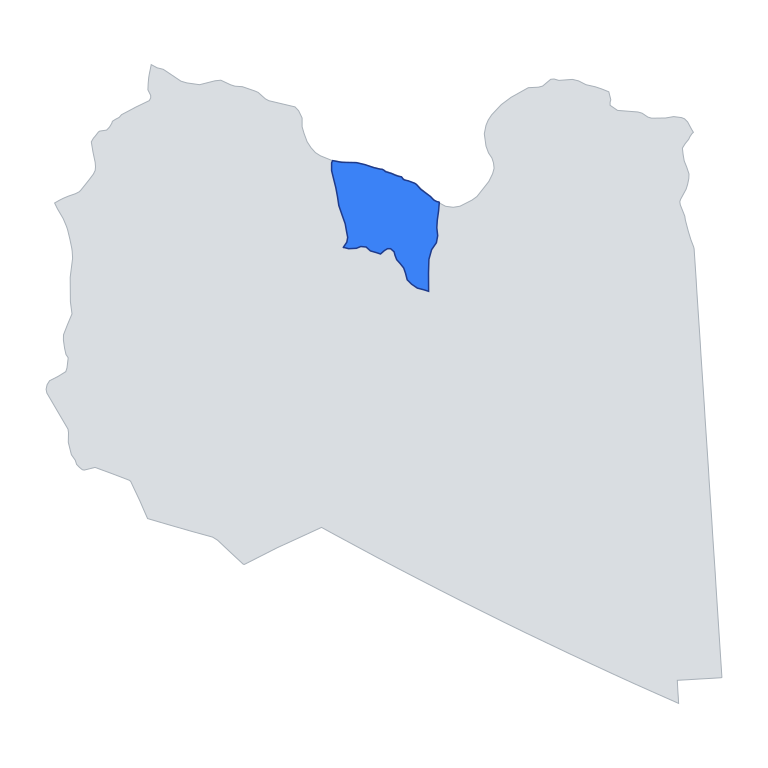 Surt highlighted on a map of Libya
{"feature_id": "LBY-2985", "entity_name": "Surt", "entity_type": "Municipality", "adm_level": 1, "iso_a3": "LBY", "parent_name": "Libya", "parent_adm1": "", "projection": "albers", "projection_center": [17.512, 29.873], "detail": "fine", "context": "in_parent", "style": "filled", "palette": "blue", "viewbox_px": 768, "rotation_deg": 0, "n_neighbors": 0, "source": "natural_earth", "source_scale": "10m", "svg_char_len": 4087}
<svg xmlns="http://www.w3.org/2000/svg" viewBox="0 0 768 768"><path d="M63.5,198.2L68.5,196.1L75.5,193.7L79.2,191.8L80.8,190.2L86.4,183.2L89.4,179.4L93.4,174.1L95.2,170.4L95.5,166.8L95.2,162.5L93.0,152.1L91.3,141.9L93.4,138.2L95.0,136.4L98.4,132.0L99.7,131.1L106.6,130.1L109.5,127.1L111.8,123.3L112.4,121.3L115.5,119.3L119.2,117.4L121.5,114.7L128.9,110.8L135.6,107.2L143.3,103.5L149.3,100.6L150.7,97.9L150.7,95.4L147.9,89.8L148.2,83.2L148.7,77.8L149.2,74.6L151.0,65.8L151.2,64.6L157.1,67.8L163.2,69.3L181.0,81.2L186.8,82.9L199.6,84.7L215.0,80.8L220.8,80.2L230.6,84.8L235.0,86.2L242.4,86.7L254.9,91.0L258.1,92.4L265.3,98.8L268.8,100.7L295.0,106.9L298.6,110.7L302.1,118.0L302.1,126.8L304.0,133.3L307.1,141.7L311.0,147.7L315.4,152.6L320.4,155.8L332.0,160.5L345.2,162.4L358.4,163.1L381.3,169.4L400.7,176.6L405.5,180.2L415.2,183.6L434.8,200.5L445.6,206.3L453.2,207.3L460.0,206.2L472.0,200.1L477.0,196.5L488.8,181.5L492.6,173.8L494.1,168.3L493.5,162.9L491.9,158.0L488.5,152.9L486.0,146.1L484.3,133.8L486.0,125.3L488.2,120.1L491.7,114.8L501.3,104.6L511.1,97.3L528.3,87.7L538.4,87.2L542.6,86.1L550.7,79.3L554.1,79.0L558.8,80.4L572.5,79.4L578.6,80.9L586.0,84.7L595.3,86.8L601.8,89.0L608.8,91.8L610.8,99.8L610.1,102.2L610.1,105.3L617.5,110.4L638.0,112.0L642.1,113.2L647.9,117.1L651.6,118.2L665.6,118.0L673.7,116.6L681.5,117.6L684.5,118.8L687.6,121.9L691.8,129.7L693.4,132.3L691.9,133.7L689.9,136.7L688.7,139.3L685.2,143.6L682.4,148.1L683.1,154.5L684.2,160.9L686.7,167.1L689.0,174.0L688.8,178.6L687.6,184.4L686.1,189.2L680.6,199.3L679.8,201.7L680.3,204.9L684.8,216.2L685.3,219.8L688.2,230.9L690.9,239.8L693.6,246.8L694.1,248.8L694.8,259.3L695.5,269.9L696.2,280.4L696.8,290.9L697.5,301.4L698.2,312.0L698.9,322.5L699.6,333.0L700.3,343.6L700.9,354.1L701.6,364.6L702.3,375.1L703.0,385.6L703.7,396.2L704.4,406.7L705.0,417.2L705.7,427.7L706.4,438.2L707.1,448.7L707.8,459.2L708.5,469.7L709.1,480.2L709.8,490.6L710.5,501.1L711.2,511.6L711.9,522.1L712.5,532.5L713.2,543.0L713.9,553.5L714.6,563.9L715.3,574.4L715.9,584.8L717.4,608.0L718.9,631.1L720.4,654.2L721.9,677.3L721.7,677.5L721.4,677.7L710.4,678.4L699.3,679.0L688.3,679.7L677.3,680.3L677.6,686.1L677.9,691.9L678.3,697.6L678.6,703.4L656.5,693.6L634.5,683.8L612.6,673.8L590.8,663.7L569.0,653.5L547.4,643.2L525.8,632.9L504.3,622.4L483.0,611.8L461.7,601.2L440.5,590.4L419.3,579.5L398.3,568.6L377.4,557.6L356.6,546.4L335.8,535.2L321.5,527.4L305.9,534.6L293.7,540.2L277.5,547.6L258.8,557.1L244.4,564.4L243.7,564.3L243.1,564.1L228.7,550.7L217.6,540.2L212.6,537.1L191.1,531.2L169.9,525.1L147.6,518.6L143.9,510.2L139.8,500.7L134.2,488.9L130.8,481.6L129.6,480.4L112.7,473.9L95.0,467.4L84.2,470.1L82.3,469.7L79.5,467.4L76.6,464.4L75.3,460.3L71.4,454.7L68.3,442.3L68.5,432.6L68.0,429.1L59.6,414.8L52.0,401.8L46.9,393.1L46.1,389.3L47.1,384.7L49.6,380.7L58.1,376.4L65.8,371.6L67.0,367.9L68.2,357.8L66.0,354.5L64.6,348.3L63.4,340.0L63.5,334.8L67.5,324.6L72.0,313.9L70.4,301.7L70.2,277.3L72.6,258.3L72.2,251.3L71.8,248.4L69.9,239.2L67.6,229.7L66.5,226.4L63.2,218.6L57.5,208.9L54.6,203.0L59.3,200.3L63.5,198.2Z" fill="#d9dde1" stroke="#a8b0b8" stroke-width="1"/><path d="M332.6,160.6L341.5,162.3L356.3,162.6L364.9,164.6L373.7,167.6L380.5,169.2L381.9,169.2L382.3,169.3L382.6,169.5L384.1,170.3L385.2,171.4L385.6,171.7L386.0,171.8L391.9,173.6L395.1,175.1L398.5,176.3L401.4,176.8L401.9,177.3L403.0,179.0L403.8,179.6L404.6,180.0L408.2,180.8L414.6,183.2L415.9,184.0L417.1,185.1L420.7,189.3L430.6,196.6L432.9,199.1L434.1,200.2L436.8,201.6L438.5,201.9L439.3,202.3L438.6,210.8L437.3,220.0L436.8,227.8L437.7,235.7L436.4,242.7L431.6,249.7L428.9,259.4L428.5,272.9L428.6,290.5L428.6,291.3L423.9,289.8L417.3,288.1L411.6,284.2L407.2,279.8L405.5,273.2L403.7,268.0L400.2,263.6L396.7,259.7L395.0,255.3L394.1,251.8L390.6,248.7L387.5,248.7L384.5,250.5L380.5,254.0L376.6,252.7L370.4,250.9L366.1,247.0L360.8,246.5L356.4,248.3L348.6,248.7L343.7,247.4L343.0,247.8L346.8,242.2L347.7,237.4L346.5,231.2L345.2,223.8L341.8,214.2L338.8,205.5L337.5,196.7L335.8,187.6L333.3,177.6L331.6,170.6L331.6,162.8L332.4,161.1L332.6,160.6L332.6,160.6Z" fill="#3b82f6" stroke="#1e3a8a" stroke-width="1.5"/></svg>